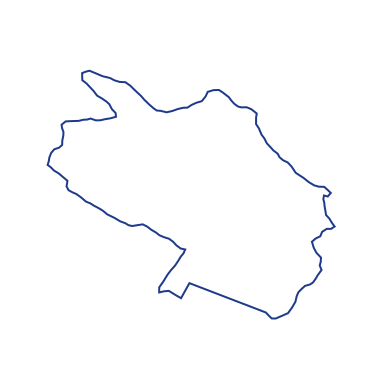 Itagi, Bahia, Brazil, rotated 105°
{"feature_id": "56859067B20920204159127", "entity_name": "Itagi", "entity_type": "district", "adm_level": 2, "iso_a3": "BRA", "parent_name": "Brazil", "parent_adm1": "Bahia", "projection": "mercator", "projection_center": [-40.033, -14.169], "detail": "fine", "context": "isolated", "style": "outline", "palette": "blue", "viewbox_px": 384, "rotation_deg": 105, "n_neighbors": 0, "source": "geoboundaries", "source_scale": "gbopen_adm2", "svg_char_len": 2300}
<svg xmlns="http://www.w3.org/2000/svg" viewBox="0 0 384 384"><g transform="rotate(105 192 192)"><path d="M293.5,82.3L292.6,78.5L288.7,73.5L284.2,67.9L277.5,65.4L271.3,63.7L265.5,63.9L261.4,63.3L257.7,61.3L253.4,58.5L251.0,54.4L248.3,51.8L243.5,50.0L240.1,49.1L233.8,46.7L229.9,49.6L226.1,49.6L222.0,50.4L218.5,56.1L214.3,60.0L209.0,63.3L205.0,60.6L201.5,56.6L196.8,56.0L192.7,52.3L191.6,48.1L188.4,45.3L186.0,48.4L182.1,52.5L179.5,56.6L175.6,58.3L172.0,60.0L168.1,61.5L164.9,63.3L161.2,63.6L161.2,59.7L157.0,57.7L155.0,61.3L152.8,65.6L154.1,71.2L153.9,76.0L152.2,81.8L149.6,87.7L147.9,92.9L146.6,96.8L141.5,102.6L138.7,107.2L137.7,112.4L135.8,116.4L132.8,119.2L130.7,124.3L128.3,127.9L125.7,132.2L121.6,135.9L118.6,139.7L113.2,143.9L109.8,147.7L103.8,149.3L99.4,149.8L96.7,156.1L96.0,161.1L97.5,166.3L97.5,169.8L95.8,174.1L93.4,177.8L90.9,180.9L89.1,185.2L87.7,188.6L86.5,192.5L88.1,197.7L91.2,202.7L96.2,203.6L101.8,206.1L104.6,210.8L107.9,214.8L111.7,218.3L113.0,222.5L115.6,227.3L118.8,231.9L121.6,237.2L121.7,243.1L122.4,247.2L121.2,250.5L118.6,255.9L115.2,262.0L112.4,266.1L110.2,270.3L107.8,274.7L105.3,279.1L103.2,284.7L104.4,290.5L104.2,295.9L103.1,300.7L103.3,308.3L102.3,315.5L101.4,322.4L103.3,325.8L105.6,328.9L112.4,326.9L114.4,322.1L116.8,318.2L119.9,313.2L123.5,308.6L124.9,303.4L126.8,298.0L128.6,294.6L132.8,290.7L135.4,286.3L139.0,284.9L141.9,289.8L144.3,295.1L146.4,299.0L147.7,303.4L147.3,309.0L149.2,312.1L150.3,315.6L152.7,320.0L154.5,326.1L156.5,332.3L160.8,335.4L164.0,334.0L167.3,331.7L170.8,330.9L175.8,330.6L180.2,329.6L183.6,331.9L186.3,336.0L190.5,338.1L195.7,338.7L199.4,338.3L203.2,338.5L204.7,334.7L206.9,331.1L208.6,325.4L210.8,320.8L213.4,315.2L219.1,314.6L222.2,311.7L223.3,307.3L223.9,303.2L225.9,297.8L228.7,292.0L229.3,287.2L230.6,283.2L231.9,277.4L233.4,272.6L235.5,268.3L237.0,260.5L238.9,253.8L239.4,248.4L240.5,244.7L240.3,240.8L238.4,236.7L236.0,231.2L237.0,226.4L239.0,221.6L240.5,216.2L242.2,212.3L242.9,207.3L243.1,202.1L245.0,197.3L247.6,193.2L249.5,188.4L249.3,183.7L253.4,184.3L257.3,186.1L262.4,187.6L267.6,189.4L273.0,192.1L277.3,193.9L281.3,195.2L284.6,196.1L288.0,197.3L292.6,199.0L297.5,197.7L295.2,193.4L293.5,188.8L295.8,181.1L297.4,175.1L280.7,170.9L289.3,89.4L291.3,86.2L293.5,82.3Z" fill="none" stroke="#1e3a8a" stroke-width="2"/></g></svg>